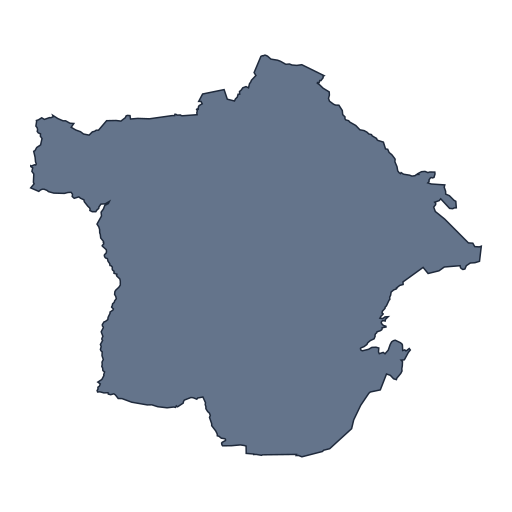 Canesti, Buzau, Romania (Natural Earth projection)
{"feature_id": "2599482B44623248761777", "entity_name": "Canesti", "entity_type": "district", "adm_level": 2, "iso_a3": "ROU", "parent_name": "Romania", "parent_adm1": "Buzau", "projection": "natural_earth1", "projection_center": [26.605, 45.397], "detail": "fine", "context": "isolated", "style": "filled", "palette": "slate", "viewbox_px": 512, "rotation_deg": 0, "n_neighbors": 0, "source": "geoboundaries", "source_scale": "gbopen_adm2", "svg_char_len": 5988}
<svg xmlns="http://www.w3.org/2000/svg" viewBox="0 0 512 512"><path d="M324.1,75.7L301.8,64.7L296.8,65.4L292.0,65.0L289.5,64.0L285.8,64.3L280.5,61.3L277.6,60.2L270.9,59.1L267.5,56.1L265.5,55.2L264.3,55.2L263.4,55.8L262.4,55.7L260.9,56.4L254.1,72.6L255.9,75.5L251.4,80.3L250.8,81.9L249.5,83.7L248.5,87.8L246.0,86.6L242.8,87.8L241.1,90.2L239.5,91.5L239.7,94.2L238.1,94.2L237.3,97.1L235.4,99.0L234.5,101.0L227.3,99.2L224.1,89.6L202.6,94.0L198.7,101.4L201.0,101.4L202.2,103.8L199.1,105.6L198.4,107.0L198.2,109.2L197.2,108.9L196.6,109.4L197.3,110.7L196.8,112.8L197.1,114.7L182.2,115.8L181.1,115.6L180.6,115.0L177.1,115.1L175.9,114.3L174.9,114.3L174.7,115.6L172.1,115.6L149.4,118.8L137.6,118.4L130.5,119.0L130.0,115.6L127.5,115.4L126.2,115.8L125.3,117.7L120.9,121.1L116.1,120.5L106.6,120.7L98.5,130.2L96.2,130.2L94.6,131.3L92.3,131.9L89.1,135.1L83.5,134.0L80.5,131.7L75.8,130.0L71.2,127.3L73.8,123.5L69.9,123.2L65.6,120.8L63.0,120.8L57.9,118.6L52.7,115.3L53.2,116.7L51.0,117.7L49.5,117.6L44.4,119.4L41.7,117.8L38.5,119.8L36.4,120.5L36.6,121.5L35.9,126.1L37.2,127.8L37.6,129.7L37.2,131.4L38.3,132.9L40.5,133.8L40.4,136.3L42.0,138.5L40.6,144.9L36.7,147.5L35.0,150.6L33.7,151.3L35.1,157.3L35.5,161.8L36.3,163.9L35.7,165.0L34.4,164.8L31.5,166.0L30.8,165.7L30.8,166.6L32.7,167.8L31.9,171.4L33.8,174.0L33.4,182.3L34.1,183.8L30.7,187.9L38.8,191.4L40.4,190.0L42.3,189.2L44.1,189.2L47.2,190.5L48.4,191.6L53.8,193.1L64.4,193.4L67.8,192.5L71.1,192.3L72.5,194.2L72.2,196.5L74.2,198.3L78.8,196.9L80.6,198.3L83.9,199.8L84.3,201.7L87.8,206.2L89.6,207.9L90.1,209.1L89.9,210.5L92.2,211.7L95.8,211.7L97.1,209.8L98.7,208.5L98.9,207.0L100.9,204.1L105.3,203.8L109.4,201.4L108.3,203.6L104.8,205.4L103.4,209.0L101.1,212.2L101.5,216.0L97.0,224.1L98.8,226.9L99.6,229.5L99.7,232.8L100.3,234.4L100.7,238.0L103.5,241.5L103.3,242.6L103.7,242.8L103.7,244.0L102.2,245.5L102.3,246.1L106.3,249.7L106.5,251.7L106.2,253.0L104.5,254.7L104.3,255.6L104.7,256.9L105.6,258.0L107.4,258.6L108.0,261.2L109.7,263.6L110.0,265.5L111.2,265.8L112.3,267.1L112.2,269.1L112.6,270.1L114.0,271.2L114.0,273.3L116.9,274.2L116.5,275.3L117.0,276.3L119.8,278.9L120.3,281.0L120.3,285.1L118.8,287.3L115.7,290.2L114.9,291.6L114.6,294.4L115.8,296.5L116.3,298.7L114.6,300.9L114.2,302.4L112.6,303.8L112.2,305.9L111.7,306.6L111.6,307.2L113.4,308.9L112.9,310.1L110.0,312.1L110.1,313.2L108.1,317.3L107.8,319.6L105.3,321.5L104.0,321.9L102.3,324.6L102.4,325.9L103.3,327.0L103.3,327.7L101.2,331.8L102.9,336.3L101.9,338.4L101.9,339.4L102.6,340.5L100.4,344.5L101.2,346.5L100.4,349.5L101.0,350.8L102.2,351.9L102.0,355.7L103.3,359.5L102.0,362.1L102.2,364.4L101.8,366.5L102.6,367.9L102.9,370.6L104.6,371.9L103.7,374.8L103.9,375.6L101.8,379.5L97.8,382.1L100.3,383.9L99.3,386.3L98.1,387.0L97.9,387.6L98.0,389.1L97.1,390.5L97.6,392.0L99.9,391.8L103.9,392.9L108.0,392.7L108.3,394.1L110.7,394.7L113.8,393.8L115.4,394.9L118.2,398.5L122.0,398.6L131.7,402.2L147.2,404.9L151.8,404.8L157.7,406.7L167.1,407.8L173.8,407.0L175.5,407.4L176.3,405.9L177.3,406.8L177.9,406.6L183.2,403.1L183.5,401.5L184.3,400.1L190.9,397.5L193.1,397.7L196.8,399.2L197.7,398.0L202.9,397.0L205.5,402.7L205.2,404.6L205.9,406.6L205.9,408.7L207.7,411.6L209.4,413.1L210.3,415.4L209.5,417.4L211.7,423.8L211.7,425.7L215.7,430.9L217.2,433.9L217.3,435.8L219.0,436.3L221.3,438.2L224.9,438.7L225.5,439.4L225.5,440.5L222.2,442.3L221.6,443.1L221.9,444.8L222.6,445.8L231.6,445.7L240.4,444.9L244.3,445.5L246.1,446.1L246.2,453.4L253.7,454.0L253.7,454.5L256.2,454.4L261.6,455.3L262.5,454.8L296.5,454.4L296.1,455.5L298.6,455.5L301.9,456.8L322.4,451.5L323.7,450.2L329.7,448.7L351.6,428.7L353.7,419.9L360.7,405.3L368.8,393.3L370.3,392.0L380.3,389.9L386.5,374.0L390.3,375.3L393.6,378.8L396.4,379.6L396.8,378.2L400.8,373.4L402.0,371.0L401.8,368.7L402.3,365.9L402.5,361.6L401.1,360.1L404.1,359.9L404.7,359.2L408.3,352.5L410.3,350.0L409.2,348.5L406.5,350.7L405.7,350.8L404.8,349.9L402.7,350.5L402.4,344.9L401.9,343.9L400.4,342.7L395.2,340.2L393.4,340.7L391.6,341.9L390.2,344.5L388.2,350.2L385.0,353.8L383.2,352.4L379.3,353.7L378.5,351.9L378.8,348.0L376.0,347.2L371.8,347.4L368.6,349.3L362.4,350.8L361.1,350.3L360.5,349.1L360.5,348.3L361.3,347.7L363.9,346.7L366.9,344.5L367.7,342.8L370.3,340.6L374.1,338.8L375.1,336.3L375.0,335.1L375.5,333.8L376.7,332.8L377.0,331.8L380.1,330.8L381.6,329.9L382.1,329.0L382.1,327.8L386.0,327.0L385.9,326.2L383.5,325.5L382.1,324.2L381.3,323.0L381.3,322.1L382.5,320.6L385.2,321.0L385.4,319.4L388.2,316.7L385.0,316.9L382.8,318.5L379.9,318.2L380.9,316.3L383.0,314.3L383.1,313.8L382.0,313.0L382.4,311.2L385.0,308.4L385.1,307.2L386.4,305.9L389.1,300.1L389.8,299.5L389.7,297.0L390.6,295.4L391.1,292.1L393.7,289.9L396.2,289.0L396.9,288.1L396.6,287.9L399.8,285.4L403.1,284.5L403.0,281.9L423.1,267.4L428.1,273.5L439.0,270.8L444.3,267.0L460.1,265.7L460.5,267.7L461.4,268.6L462.9,269.5L464.9,269.0L466.3,265.7L470.3,263.0L475.0,262.7L479.5,261.3L481.3,246.2L479.3,246.9L474.7,246.6L472.8,243.2L468.4,242.9L444.7,219.1L435.3,211.5L433.7,207.1L435.6,204.7L435.7,203.2L434.7,202.2L439.2,200.6L440.7,198.8L449.6,208.4L452.7,208.7L454.3,207.9L456.3,207.8L455.8,201.3L454.0,200.3L449.4,195.7L445.7,194.1L445.6,191.2L444.2,187.2L444.8,184.9L431.3,184.0L427.8,182.9L428.8,181.8L429.2,181.0L428.9,180.1L430.2,178.1L431.1,177.5L432.6,177.9L434.0,177.4L435.0,174.0L434.8,172.1L429.8,172.0L427.9,172.6L425.0,171.4L421.5,171.7L417.9,173.6L418.6,174.4L416.5,174.5L415.0,175.7L411.9,176.1L409.7,175.2L403.5,174.2L401.1,172.6L400.4,173.6L399.1,172.7L397.7,170.8L397.0,166.7L394.9,161.8L395.1,159.2L394.7,158.5L391.9,154.8L389.1,152.5L387.7,149.3L385.5,148.9L383.4,142.1L377.9,140.4L376.9,139.6L376.6,138.5L372.1,135.8L371.5,134.6L368.9,134.0L367.0,132.2L364.1,130.6L359.9,129.8L355.8,125.5L349.8,122.1L348.6,120.7L345.8,119.9L344.9,118.7L345.0,116.9L342.7,114.6L342.3,110.5L338.9,105.2L335.6,105.1L333.7,104.3L329.5,101.2L328.5,98.4L329.4,95.1L329.2,91.9L323.1,88.2L319.6,84.8L317.3,83.2L317.5,82.5L319.1,82.7L319.8,80.5L320.9,80.6L323.1,77.8L323.1,76.3L324.1,75.7Z" fill="#64748b" stroke="#1e293b" stroke-width="1.5"/></svg>